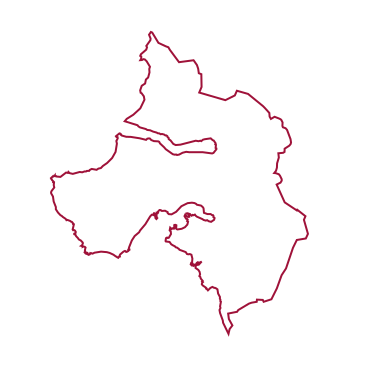 the district of Vanylven nor, Møre og Romsdal, Norway, rotated 306°
{"feature_id": "86288312B81426606335863", "entity_name": "Vanylven nor", "entity_type": "district", "adm_level": 2, "iso_a3": "NOR", "parent_name": "Norway", "parent_adm1": "Møre og Romsdal", "projection": "orthographic", "projection_center": [5.551, 62.082], "detail": "fine", "context": "isolated", "style": "outline", "palette": "rose", "viewbox_px": 384, "rotation_deg": 306, "n_neighbors": 0, "source": "geoboundaries", "source_scale": "gbopen_adm2", "svg_char_len": 6014}
<svg xmlns="http://www.w3.org/2000/svg" viewBox="0 0 384 384"><g transform="rotate(306 192 192)"><path d="M98.7,304.9L103.2,303.0L107.8,303.1L110.9,296.5L114.9,292.7L121.6,298.9L123.7,298.8L135.2,303.7L137.5,305.3L141.2,308.9L143.1,307.8L146.3,312.7L145.3,314.5L151.9,319.3L163.9,317.3L177.4,313.4L185.4,313.0L206.2,306.5L214.8,305.0L221.3,311.4L226.3,310.4L235.3,298.9L239.1,298.0L239.5,287.6L238.7,287.7L238.1,273.1L247.8,256.1L251.6,258.1L253.9,257.9L255.1,257.0L256.9,253.6L257.4,251.8L256.5,248.8L255.7,247.4L258.5,247.5L261.6,246.4L265.2,244.0L270.9,242.0L274.1,239.1L277.3,242.7L278.8,243.3L281.5,241.5L286.7,243.5L288.8,243.6L290.3,243.0L292.7,240.6L298.1,232.4L298.6,230.2L297.8,227.5L298.6,226.3L301.5,224.4L302.8,221.9L302.9,220.9L302.6,219.2L301.4,214.6L297.5,212.9L298.6,210.5L301.4,208.1L302.8,201.5L303.2,199.1L304.3,179.7L300.3,168.8L295.3,169.9L285.9,165.0L276.7,139.4L282.6,138.0L292.8,130.3L292.1,127.7L295.4,124.5L297.6,121.4L299.4,116.2L299.5,115.8L299.0,115.3L289.4,105.2L294.0,90.5L295.2,87.8L294.5,85.3L292.9,77.2L297.6,66.1L297.3,64.7L294.0,64.8L291.8,68.3L290.3,69.1L283.3,69.2L282.7,70.5L280.3,71.3L273.4,69.7L271.7,70.1L271.8,71.3L270.1,72.5L268.3,72.7L269.4,74.0L270.9,74.6L271.5,75.9L271.1,78.5L268.6,84.4L266.4,85.1L263.8,87.3L258.9,89.2L255.9,88.6L252.2,90.3L248.4,88.9L243.8,90.3L242.1,92.1L242.3,93.1L241.1,96.8L238.7,99.3L229.3,101.0L220.0,99.1L212.8,96.2L209.7,96.0L214.0,108.7L213.6,110.0L213.7,112.0L215.8,117.6L215.9,119.3L217.3,121.8L218.0,125.0L219.3,128.5L219.4,129.8L220.2,131.1L220.3,132.7L221.3,133.6L222.1,135.7L222.1,137.3L222.7,138.0L222.7,139.2L222.1,139.9L222.0,141.3L221.1,142.1L221.1,144.4L219.9,148.6L220.4,151.2L223.5,154.8L235.7,164.9L236.9,167.4L238.4,168.6L238.6,169.6L240.7,170.1L242.1,171.2L246.4,175.6L246.1,178.3L246.4,179.3L245.3,182.5L244.2,182.8L244.2,183.7L241.5,185.2L241.6,186.1L240.9,186.6L236.2,186.4L235.0,185.6L230.4,177.1L222.7,166.6L221.1,163.7L218.2,161.3L214.7,159.6L213.1,158.1L213.0,157.1L212.1,156.2L211.3,154.3L211.2,145.6L211.8,143.1L212.5,137.5L213.3,136.0L213.1,134.9L210.8,131.3L210.1,128.5L210.5,126.5L210.1,125.7L208.9,124.5L207.2,124.2L204.7,118.1L200.6,110.1L198.0,106.3L196.4,102.0L196.9,100.7L196.5,100.5L197.0,99.2L196.7,98.8L192.4,97.7L192.1,98.6L192.6,99.6L191.7,100.4L188.8,100.8L187.0,102.8L179.5,106.6L172.6,107.4L165.6,106.3L160.7,104.6L157.8,104.2L155.9,102.5L153.9,101.8L151.7,97.3L149.7,96.3L148.7,96.4L147.2,94.5L146.3,94.2L145.5,93.0L143.4,91.6L142.2,89.4L136.6,84.9L135.3,81.8L135.6,80.2L134.5,80.4L133.7,78.7L126.9,76.7L124.9,73.3L124.7,72.8L124.9,72.6L124.3,71.7L124.8,71.3L124.1,71.3L122.5,70.4L122.7,70.2L119.5,69.6L120.3,70.1L120.0,70.2L120.1,70.6L119.4,71.7L119.1,73.5L118.7,73.7L119.0,73.9L118.9,74.6L116.3,76.1L114.7,77.9L110.3,77.8L109.0,78.1L108.1,78.9L106.6,82.2L103.0,85.7L99.8,90.7L98.0,92.0L96.6,95.7L95.9,99.3L96.1,100.5L95.9,102.1L96.0,105.7L95.4,107.0L96.2,107.6L97.0,110.7L96.9,111.8L97.2,112.4L97.0,113.5L96.3,114.3L96.6,114.6L96.5,115.4L91.5,117.5L91.2,118.3L91.9,119.0L92.0,120.0L91.4,121.4L90.5,121.9L89.1,121.2L88.6,121.6L88.9,122.9L88.1,124.3L87.7,126.7L87.1,128.3L87.4,130.5L86.9,133.2L86.5,133.8L84.5,134.4L83.3,134.0L83.9,135.5L83.4,135.8L84.0,136.1L84.6,137.4L84.5,138.5L81.9,139.6L81.0,140.9L80.9,140.5L80.1,140.5L79.7,142.1L80.0,143.1L81.0,142.6L81.3,143.1L81.1,143.6L80.2,143.5L80.4,145.3L81.4,145.9L82.7,145.6L82.8,146.3L83.3,146.4L83.7,147.8L85.6,148.8L90.3,153.5L93.3,158.5L94.3,161.2L95.1,165.3L95.1,168.3L95.4,169.1L95.2,169.6L95.4,171.0L96.6,171.0L97.4,171.6L98.0,170.8L99.3,170.6L103.5,171.6L104.9,172.4L105.1,173.2L104.8,173.9L105.2,174.4L106.8,175.1L107.7,174.4L108.0,174.6L107.8,175.1L108.4,175.4L108.7,175.2L108.4,174.7L109.0,174.1L110.7,173.5L117.4,171.8L122.7,171.5L128.4,172.9L130.3,172.6L138.5,173.2L147.7,172.5L150.0,172.8L150.7,173.5L150.5,174.3L150.7,174.5L152.4,173.7L152.8,174.2L151.9,175.2L152.3,175.4L150.6,176.5L150.1,177.1L150.3,177.9L149.8,178.6L149.3,178.4L149.2,179.1L150.5,179.2L150.6,178.6L152.1,177.1L153.9,176.1L154.3,176.4L154.6,176.0L154.9,176.7L155.4,176.6L155.3,175.9L158.3,176.3L159.0,177.4L158.8,178.2L159.0,178.8L161.0,181.2L161.4,184.1L160.6,184.8L160.5,186.3L161.9,188.6L166.6,190.8L174.3,191.8L180.4,195.0L183.3,198.2L184.5,200.5L184.8,202.2L184.6,203.5L186.3,207.2L186.3,207.9L186.0,210.1L185.5,211.0L182.2,213.9L183.2,217.4L185.1,220.0L185.1,221.9L185.6,222.6L185.2,223.6L184.3,224.0L184.2,225.6L182.5,226.2L179.1,225.0L178.2,222.8L178.1,220.8L177.0,220.0L176.2,217.8L176.2,216.4L174.9,210.4L175.0,208.8L175.4,207.6L174.1,206.9L173.8,205.9L172.6,205.7L172.5,204.8L173.0,203.5L172.2,200.9L172.0,200.7L171.7,202.6L171.0,203.6L170.3,204.3L169.8,203.8L170.0,203.7L169.3,202.3L169.4,200.6L170.9,199.6L168.1,200.1L166.9,202.9L167.3,204.2L167.0,204.9L165.6,205.1L165.6,206.3L162.9,207.4L159.4,207.0L156.2,205.3L153.2,202.3L152.9,201.3L153.2,200.6L155.9,198.9L155.8,198.1L155.0,197.1L154.1,197.5L153.1,199.0L151.7,199.0L151.5,198.6L151.9,198.0L149.9,197.2L150.3,196.4L150.4,195.3L147.8,196.5L147.5,198.1L145.6,199.7L141.3,200.1L140.5,199.4L140.5,198.6L139.3,198.1L136.8,199.4L136.6,199.9L138.4,203.2L137.5,205.9L137.6,207.6L138.0,210.1L137.7,211.3L138.2,212.5L138.2,215.0L137.9,215.8L139.7,222.2L138.9,224.4L139.4,225.6L140.5,226.7L140.9,228.4L138.3,231.5L134.8,233.6L134.3,233.0L132.7,233.5L132.5,235.1L133.3,235.4L133.5,234.3L134.3,234.6L134.1,234.9L134.4,236.1L134.1,236.8L132.3,236.1L134.3,237.3L134.8,236.9L135.6,237.6L138.0,237.8L137.7,239.2L138.2,239.1L138.2,237.9L138.6,238.1L139.1,239.5L141.4,240.7L137.2,240.2L135.5,238.5L133.9,238.6L132.6,239.6L132.7,242.9L131.9,245.0L130.2,246.9L128.3,247.4L128.2,248.6L127.1,250.0L126.4,252.8L125.6,252.7L125.5,253.8L124.2,253.6L123.1,254.2L122.7,255.6L122.8,259.3L122.6,260.3L122.1,260.3L122.1,261.7L121.8,262.7L125.3,263.3L127.2,264.3L127.5,266.3L127.9,266.8L128.2,268.1L128.2,269.8L125.2,272.8L123.5,276.3L122.0,277.3L121.7,278.1L120.2,279.3L120.2,279.9L116.0,281.9L114.9,283.2L112.7,283.6L110.6,285.8L106.2,292.4L104.5,294.0L98.7,304.9Z" fill="none" stroke="#9f1239" stroke-width="2"/></g></svg>